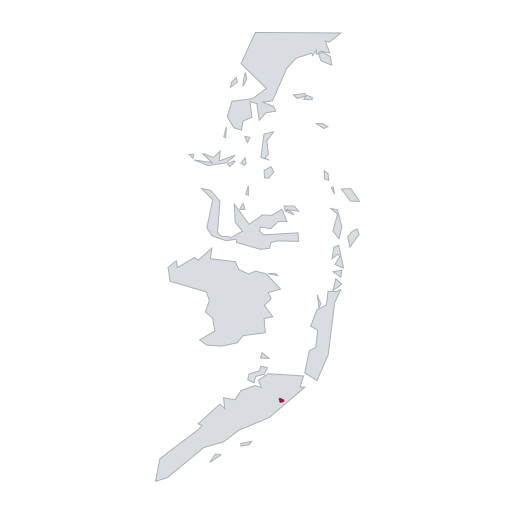 location of Kota Pagar Alam, Sumatera Selatan, Indonesia, rotated 269°
{"feature_id": "22746128B19740076763731", "entity_name": "Kota Pagar Alam", "entity_type": "district", "adm_level": 2, "iso_a3": "IDN", "parent_name": "Indonesia", "parent_adm1": "Sumatera Selatan", "projection": "equal_earth", "projection_center": [103.303, -4.121], "detail": "fine", "context": "in_parent", "style": "filled", "palette": "rose", "viewbox_px": 512, "rotation_deg": 269, "n_neighbors": 0, "source": "geoboundaries", "source_scale": "gbopen_adm2", "svg_char_len": 4689}
<svg xmlns="http://www.w3.org/2000/svg" viewBox="0 0 512 512"><g transform="rotate(269 256 256)"><path d="M173.1,198.2L181.7,213.5L194.5,211.6L201.0,204.4L212.2,208.6L220.9,205.8L232.2,169.7L246.0,167.8L252.7,176.3L245.7,177.2L255.6,194.4L252.9,198.2L264.6,212.0L254.1,210.4L250.7,235.1L242.7,238.7L238.1,248.4L240.9,255.2L237.9,266.1L222.5,279.8L219.2,267.5L212.9,270.4L206.4,263.5L194.9,271.7L193.3,263.0L179.2,264.0L176.6,241.7L169.5,235.5L166.5,220.2L167.7,205.2L173.1,198.2ZM32.5,151.6L55.1,156.4L84.1,196.1L87.7,199.2L89.2,195.2L108.6,217.3L103.9,222.0L114.9,221.1L112.6,232.5L121.6,238.6L126.4,252.5L124.5,259.1L131.8,256.3L138.1,265.8L135.2,301.5L124.3,297.6L124.0,302.6L94.4,266.6L82.0,235.8L70.8,220.3L65.3,200.3L35.9,163.5L32.5,151.6ZM479.5,259.3L477.5,344.8L468.4,332.7L469.7,329.1L457.6,333.2L459.8,324.7L456.6,320.3L457.7,319.6L459.7,320.0L460.8,319.5L455.3,316.2L457.9,315.1L453.1,299.6L443.0,290.0L410.9,275.2L409.7,265.1L405.3,276.2L400.5,278.3L399.0,268.3L391.5,261.6L408.4,259.5L410.6,252.6L394.8,254.4L391.2,245.4L382.1,243.7L384.6,236.2L395.8,229.6L411.2,234.7L413.3,255.3L423.5,269.3L448.6,244.4L479.5,259.3ZM322.4,211.8L311.3,220.9L280.2,217.9L276.5,221.4L275.2,232.2L281.1,242.9L290.0,235.8L308.2,235.2L287.8,249.6L296.9,263.2L296.4,272.6L302.4,282.7L289.8,287.6L290.2,278.8L283.1,271.3L284.8,261.1L280.9,260.0L277.0,263.7L278.4,298.5L269.9,298.8L270.7,278.0L269.2,271.2L263.4,269.7L262.6,260.7L269.8,236.8L273.0,236.3L271.9,226.1L277.2,212.1L285.1,207.4L313.0,213.7L324.5,202.7L322.4,211.8ZM138.3,302.7L160.3,307.6L163.7,314.3L180.7,316.3L184.7,309.4L201.3,316.0L205.9,325.6L219.4,327.4L219.1,335.4L221.0,340.2L208.1,333.9L156.2,326.5L130.3,314.8L138.3,302.7ZM350.2,213.7L359.5,204.2L355.3,215.2L361.6,222.0L351.7,221.0L357.0,236.7L349.8,228.1L347.2,209.9L353.1,195.9L350.2,213.7ZM354.6,262.6L377.7,266.1L379.9,275.7L370.6,268.7L357.6,270.3L353.9,266.5L351.6,270.9L354.6,262.6ZM300.8,338.1L283.7,342.4L271.8,339.3L279.7,333.3L296.3,338.3L302.2,331.5L300.8,338.1ZM251.9,332.1L263.3,334.0L265.2,338.9L242.4,343.3L246.2,334.9L253.9,339.7L256.5,337.9L251.9,332.1ZM321.5,342.5L321.7,351.9L308.7,360.4L309.5,351.3L321.5,342.5ZM138.1,246.9L141.2,257.4L145.7,258.8L144.2,265.4L137.6,262.1L135.6,253.6L129.2,251.8L132.4,245.6L138.1,246.9ZM454.1,333.7L445.5,335.2L450.0,324.4L456.7,322.1L458.8,326.1L454.1,333.7ZM273.7,348.1L278.9,352.6L281.2,357.7L275.8,359.5L263.4,350.0L273.7,348.1ZM341.5,265.6L345.0,272.7L339.7,275.3L333.6,270.0L334.0,265.8L341.5,265.6ZM219.9,332.3L231.9,335.4L226.4,341.2L219.9,332.3ZM238.8,332.8L240.5,341.7L233.4,340.4L238.8,332.8ZM159.3,260.4L153.4,267.2L153.9,258.7L159.3,260.4ZM416.4,296.3L417.6,307.7L414.9,308.3L412.8,300.0L416.4,296.3ZM216.3,316.5L207.0,319.9L203.1,318.0L216.3,316.5ZM305.4,284.8L305.3,295.1L300.0,299.4L302.2,285.7L305.4,284.8ZM50.4,206.1L58.8,212.1L57.7,217.5L50.4,206.1ZM70.8,248.3L67.5,246.1L66.1,237.7L68.6,237.5L70.8,248.3ZM384.1,330.1L382.3,326.0L387.4,318.5L387.1,325.2L384.1,330.1ZM375.9,225.9L385.5,228.7L374.7,227.7L375.9,225.9ZM317.7,246.8L326.5,249.6L316.9,249.4L317.7,246.8ZM301.2,289.9L296.5,294.9L300.7,285.7L301.2,289.9ZM425.0,233.5L430.0,234.5L434.7,239.3L430.2,240.4L425.0,233.5ZM340.1,325.8L336.8,329.5L330.3,329.9L332.1,325.7L340.1,325.8ZM415.8,309.7L413.6,315.0L411.3,314.8L411.8,306.4L415.8,309.7ZM354.3,246.8L348.5,247.7L346.8,245.8L349.3,242.5L354.3,246.8ZM425.8,245.9L432.9,246.7L439.7,248.6L433.2,249.8L425.8,245.9ZM303.0,240.5L308.9,244.0L302.8,245.8L303.0,240.5ZM358.8,195.6L354.8,194.6L358.6,190.7L358.8,195.6ZM316.4,335.6L322.9,332.5L323.7,334.4L316.4,335.6ZM375.8,247.2L374.7,251.9L369.7,249.5L372.2,248.1L375.8,247.2ZM238.4,274.5L235.9,277.7L238.0,267.7L238.4,274.5ZM348.6,229.1L351.6,235.6L350.5,236.5L346.0,231.5L348.6,229.1Z" fill="#d9dde1" stroke="#a8b0b8" stroke-width="1"/><path d="M111.1,281.0L111.3,280.9L111.4,280.7L111.4,280.4L111.5,280.4L111.5,280.2L111.7,279.9L111.8,279.8L111.8,279.7L111.9,279.4L111.8,279.2L111.9,278.9L112.0,278.8L112.0,278.7L112.2,278.4L112.2,278.2L112.3,278.2L112.2,278.2L112.3,278.2L112.2,278.1L112.3,278.1L112.2,278.1L112.3,278.0L112.2,278.0L112.3,278.0L112.3,277.9L112.3,277.7L112.4,277.4L112.2,277.4L112.1,277.5L112.1,277.4L112.0,277.5L111.9,277.5L111.7,277.8L111.7,278.0L111.4,278.1L111.2,278.1L111.1,277.9L111.2,277.7L110.9,277.6L110.7,277.6L110.5,277.4L110.4,277.4L110.3,277.5L110.3,277.4L110.2,277.4L110.1,277.5L109.9,277.6L109.7,277.8L109.6,278.0L109.7,278.3L109.7,278.5L109.8,278.6L109.8,278.8L109.8,279.0L110.0,279.2L110.0,279.3L110.1,279.5L110.1,279.8L110.1,280.0L110.1,280.3L110.1,280.5L110.3,280.8L110.4,280.7L110.5,280.7L110.5,280.8L110.8,280.8L111.0,280.9L111.0,281.0L111.1,281.0Z" fill="#f43f5e" stroke="#9f1239" stroke-width="1.5"/></g></svg>